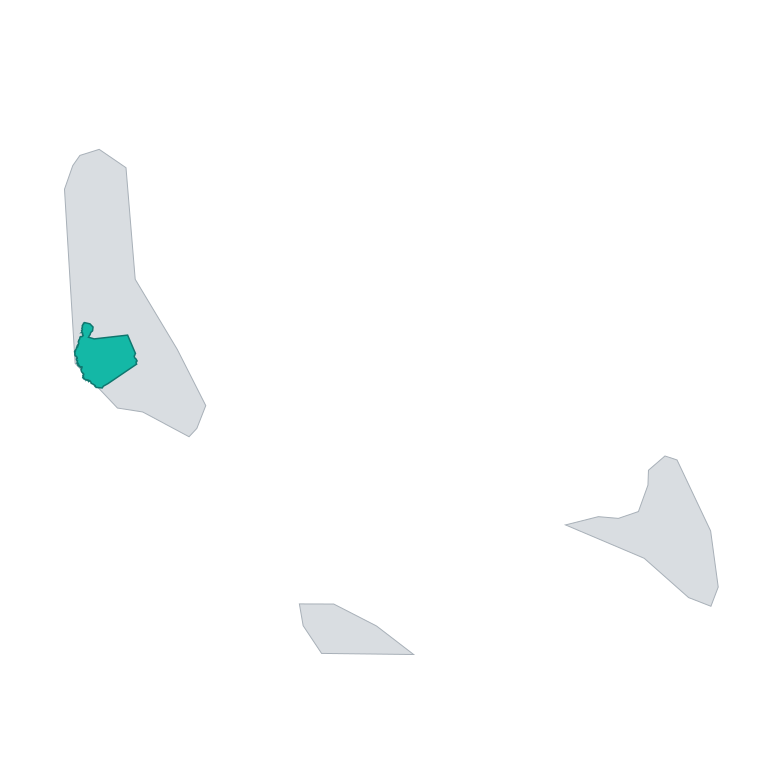 Moroni-Bambao, Andjazîdja, Comoros shown in context, rotated 352°
{"feature_id": "10938185B83767222062315", "entity_name": "Moroni-Bambao", "entity_type": "district", "adm_level": 2, "iso_a3": "COM", "parent_name": "Comoros", "parent_adm1": "Andjazîdja", "projection": "natural_earth1", "projection_center": [43.253, -11.742], "detail": "fine", "context": "in_parent", "style": "filled", "palette": "teal", "viewbox_px": 768, "rotation_deg": 352, "n_neighbors": 0, "source": "geoboundaries", "source_scale": "gbopen_adm2", "svg_char_len": 4862}
<svg xmlns="http://www.w3.org/2000/svg" viewBox="0 0 768 768"><g transform="rotate(352 384 384)"><path d="M192.5,401.9L183.6,409.1L141.1,378.1L116.7,370.7L81.0,320.6L94.7,146.7L106.2,124.4L114.7,115.3L134.6,112.0L158.6,133.9L152.2,245.7L184.1,321.0L204.5,380.6L192.5,401.9ZM663.6,500.0L687.0,575.0L686.7,631.6L676.8,649.6L655.9,637.9L617.4,592.8L544.1,548.8L577.8,545.2L597.4,549.7L618.2,545.7L631.3,520.9L633.9,506.2L652.2,494.4L663.6,500.0ZM342.9,622.6L375.7,656.0L284.7,642.1L270.3,612.1L269.6,590.0L303.6,594.9L342.9,622.6Z" fill="#d9dde1" stroke="#a8b0b8" stroke-width="1"/><path d="M141.8,329.9L141.6,329.4L141.5,328.8L141.6,327.6L142.0,327.5L142.3,327.4L142.7,326.7L142.3,325.9L142.1,325.7L142.2,325.2L141.7,324.5L141.5,324.1L141.1,323.8L140.8,323.5L140.7,323.0L140.7,322.7L140.5,322.0L140.5,321.8L140.7,321.3L141.4,320.5L141.8,319.4L141.9,319.2L142.1,319.1L136.9,299.9L103.3,299.0L97.9,296.6L98.2,296.3L98.7,295.3L99.5,294.6L99.8,294.2L100.1,293.6L100.4,292.9L100.6,292.5L100.7,292.3L100.8,292.2L101.1,292.0L101.4,291.7L102.7,290.9L102.8,290.8L103.8,287.1L101.2,283.5L95.7,281.4L95.8,281.5L95.7,281.5L95.6,281.8L95.3,281.9L95.2,282.2L94.9,282.2L94.9,282.5L94.8,282.8L94.3,283.0L94.2,283.4L93.9,283.5L93.4,284.1L93.4,284.4L93.3,284.5L93.4,284.8L93.2,285.1L93.3,285.7L93.2,286.0L92.8,286.3L92.7,286.5L92.5,287.2L92.9,287.8L92.6,288.5L92.3,289.0L92.1,289.0L92.2,289.3L92.1,289.9L92.1,290.0L92.1,290.6L91.8,290.8L92.2,290.8L92.4,291.1L92.6,291.4L92.6,291.7L92.4,291.8L92.3,292.2L92.3,292.4L92.6,292.7L92.5,292.8L92.4,292.9L92.4,293.0L92.6,293.4L92.6,293.7L92.9,294.2L92.8,294.3L92.7,294.3L92.7,294.2L92.4,294.2L92.2,294.4L92.1,294.7L92.0,294.8L91.9,294.7L91.8,294.8L91.6,294.9L91.3,295.0L91.1,295.1L90.8,294.9L90.4,294.9L90.0,294.8L89.8,294.9L89.7,295.0L89.6,295.4L89.3,295.7L89.2,296.1L89.0,296.5L88.7,297.4L88.5,297.7L88.3,297.8L88.2,297.9L88.0,298.1L87.8,298.1L87.7,298.5L87.6,298.8L87.3,299.5L87.2,299.6L87.3,299.8L87.2,299.9L87.2,300.0L87.3,300.0L87.3,300.4L87.3,300.7L87.2,300.8L87.3,301.6L87.0,302.0L86.8,302.4L86.6,302.4L86.7,302.6L86.6,302.8L86.3,303.2L86.3,303.4L86.1,303.4L86.0,303.6L85.8,303.6L85.9,303.8L85.6,304.0L85.4,304.2L85.5,304.5L85.2,304.5L85.2,304.8L84.9,304.8L84.8,305.3L84.5,305.4L84.4,305.8L84.3,306.3L84.1,306.4L84.0,306.5L83.7,306.9L83.7,307.0L83.3,307.5L83.2,307.5L83.1,307.8L82.9,307.9L83.0,308.2L82.8,308.3L82.8,308.2L82.7,308.2L82.6,308.3L82.5,308.6L82.4,308.6L82.4,308.8L82.5,308.9L82.3,309.0L82.3,309.5L82.2,309.5L82.3,309.7L82.3,309.8L82.2,309.9L82.1,310.2L82.2,310.4L82.2,310.8L82.3,310.9L82.3,311.0L82.1,311.3L82.1,311.5L81.9,312.2L82.0,312.5L82.2,312.8L82.2,313.2L82.4,313.4L82.8,313.4L83.2,313.9L83.2,314.1L83.7,314.7L83.8,314.9L83.9,315.1L83.8,315.4L83.8,315.6L83.6,315.5L83.4,315.8L83.2,315.8L83.3,316.0L83.2,316.1L83.0,316.3L82.9,316.6L82.8,316.8L82.9,317.2L82.8,317.3L83.1,317.9L83.3,318.0L83.3,318.3L83.4,318.2L83.5,318.2L83.4,318.4L83.4,318.5L83.6,318.6L83.3,319.5L83.2,319.7L83.1,319.8L83.3,320.0L83.4,320.8L83.5,320.9L83.8,320.9L83.8,321.0L83.5,321.1L83.8,321.2L83.6,321.4L83.7,321.6L83.5,322.1L83.7,322.5L83.6,322.9L83.5,323.3L83.5,323.5L83.4,323.6L83.6,323.5L83.6,323.4L83.8,323.3L83.6,323.2L83.7,322.9L83.8,322.8L83.9,322.6L84.0,322.6L84.2,322.8L84.4,322.9L84.3,323.0L84.3,323.3L84.4,323.6L84.5,323.5L84.8,324.0L85.0,324.3L85.1,324.1L85.2,324.3L85.6,324.7L85.6,324.9L85.5,325.0L85.8,325.2L86.0,325.0L86.3,324.7L86.5,324.8L86.6,325.0L86.7,324.8L87.3,324.9L87.4,325.0L87.3,325.5L87.1,325.7L87.1,325.8L87.0,326.1L86.7,326.6L86.6,326.9L86.4,327.2L86.2,327.2L86.3,327.4L86.3,327.5L86.1,327.5L86.1,327.8L86.0,328.2L86.0,328.6L86.1,329.1L86.6,330.5L86.8,330.6L87.1,330.8L87.1,331.1L87.3,331.3L87.6,331.7L87.6,331.9L87.5,332.0L87.4,332.0L87.5,332.3L87.6,332.1L87.7,332.3L87.8,332.3L87.7,332.6L87.8,332.8L87.6,332.8L87.6,333.0L87.6,333.3L87.4,333.8L87.2,333.7L87.0,333.8L87.1,334.1L87.3,334.4L87.1,334.6L87.3,334.8L87.1,335.1L87.0,334.9L86.9,335.0L86.9,335.6L86.8,335.4L86.7,335.5L86.8,335.7L86.8,335.8L86.7,335.9L87.0,336.1L87.0,336.3L87.2,336.5L87.3,336.6L87.5,336.6L87.4,336.8L87.5,337.1L87.8,337.1L87.8,337.3L88.1,337.3L88.2,337.5L88.4,337.7L88.5,337.7L88.7,337.9L88.7,338.1L88.8,338.2L89.0,338.2L89.1,338.3L89.3,338.4L89.6,338.4L89.6,338.5L89.7,338.4L89.8,338.3L90.1,338.3L90.5,338.5L90.4,338.7L90.5,338.7L90.6,338.9L90.7,339.0L90.8,338.8L91.0,338.8L91.1,339.0L91.3,339.0L91.5,339.0L91.5,339.3L91.6,339.6L91.8,339.6L91.9,339.8L92.0,339.8L92.0,340.0L92.2,339.8L92.3,340.2L92.4,339.8L92.5,339.9L92.6,339.7L92.8,339.8L93.1,339.8L93.2,340.1L93.4,340.3L93.4,340.5L93.5,340.6L93.7,340.9L93.7,341.0L93.9,341.2L94.2,341.8L94.1,342.1L94.1,342.5L94.4,342.7L95.3,343.3L95.6,343.4L96.1,343.9L96.1,344.0L96.8,344.6L97.1,344.7L97.5,345.4L97.6,345.9L97.8,345.8L97.8,346.0L97.6,346.1L98.2,346.8L98.3,347.0L98.4,347.3L104.4,348.7L105.8,347.1L110.7,345.2L141.8,329.9Z" fill="#14b8a6" stroke="#0f766e" stroke-width="1.5"/></g></svg>